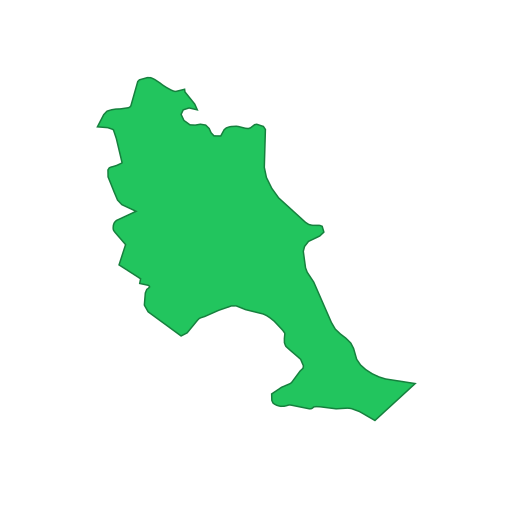 outline of Jutiapa, rotated 289°
{"feature_id": "GTM-1962", "entity_name": "Jutiapa", "entity_type": "Department", "adm_level": 1, "iso_a3": "GTM", "parent_name": "Guatemala", "parent_adm1": "", "projection": "equal_earth", "projection_center": [-89.89, 14.155], "detail": "fine", "context": "isolated", "style": "filled", "palette": "green", "viewbox_px": 512, "rotation_deg": 289, "n_neighbors": 0, "source": "natural_earth", "source_scale": "10m", "svg_char_len": 2328}
<svg xmlns="http://www.w3.org/2000/svg" viewBox="0 0 512 512"><g transform="rotate(289 256 256)"><path d="M305.5,305.7L305.7,306.4L305.6,308.9L300.7,312.4L295.7,309.8L286.9,300.9L280.8,298.8L275.8,299.2L260.9,306.7L257.3,309.7L250.1,319.1L217.7,348.9L212.7,354.7L209.8,361.0L207.6,367.6L204.5,374.0L200.3,378.4L191.1,384.8L187.0,390.3L184.3,396.8L182.5,404.0L181.7,411.4L181.9,418.5L187.2,448.0L139.2,422.0L140.4,415.8L142.6,404.5L142.8,396.3L142.5,394.2L141.9,391.9L137.6,381.5L134.3,365.7L133.2,362.0L132.2,359.9L130.5,358.8L129.8,358.2L129.3,357.3L128.9,356.3L126.4,337.5L125.9,335.7L124.2,333.3L123.1,331.5L121.9,328.2L121.7,326.6L121.6,324.2L122.0,321.6L122.5,320.0L124.6,318.0L130.7,315.7L140.2,322.9L146.7,330.1L148.4,331.0L161.7,335.2L165.1,337.0L166.5,336.8L167.6,336.6L172.9,331.8L178.1,318.8L180.2,313.8L181.4,312.6L183.3,311.1L187.2,309.7L191.8,308.6L192.5,308.2L194.5,305.4L200.3,294.4L202.1,289.4L203.1,285.5L203.4,282.9L203.5,281.5L201.9,263.5L202.4,253.5L200.8,249.0L192.6,238.5L182.1,227.2L179.8,224.1L178.5,222.7L176.5,221.7L160.9,215.9L156.0,211.2L168.1,172.2L172.5,167.2L173.3,166.4L185.0,163.4L188.8,163.6L190.4,164.7L192.1,165.5L192.8,165.0L193.2,163.6L192.2,155.0L196.9,154.3L203.0,129.4L224.3,129.0L232.4,115.1L233.8,113.1L234.7,112.4L236.0,111.8L238.3,111.2L239.8,111.1L241.2,111.2L242.2,111.5L243.1,111.9L244.2,112.5L259.2,128.0L260.9,112.4L263.8,106.9L270.6,100.8L277.1,95.2L282.6,90.4L289.2,88.0L291.6,88.6L292.9,90.0L294.0,91.7L296.2,94.7L299.9,98.6L300.6,99.0L321.6,85.7L328.9,80.1L329.1,78.6L329.1,74.1L326.5,64.0L340.1,66.0L344.3,67.9L345.0,68.7L347.4,72.1L349.3,75.7L350.9,79.8L354.7,87.2L355.9,88.3L357.2,88.8L382.5,87.4L384.6,88.4L389.3,95.2L390.3,98.4L390.2,100.4L389.9,102.8L388.3,109.0L387.3,111.9L386.2,116.3L385.3,121.5L385.1,123.9L385.2,125.6L385.4,126.3L385.8,127.1L390.2,133.9L390.4,134.2L388.0,135.4L379.7,148.6L375.1,152.9L374.2,144.5L370.5,139.6L365.5,139.1L360.7,143.7L358.5,150.9L360.0,156.0L362.5,160.5L363.4,165.8L361.3,170.2L357.9,173.4L355.9,177.2L358.0,183.6L365.1,184.8L367.4,186.2L369.3,188.6L370.3,190.3L372.3,195.2L372.7,197.3L373.3,204.3L374.0,207.2L375.4,209.1L379.7,211.9L380.8,213.8L380.9,220.8L378.7,223.7L342.5,235.0L333.6,240.3L325.1,248.9L318.3,258.5L303.9,291.9L303.0,295.6L303.3,299.1L305.5,305.7Z" fill="#22c55e" stroke="#15803d" stroke-width="1.5"/></g></svg>